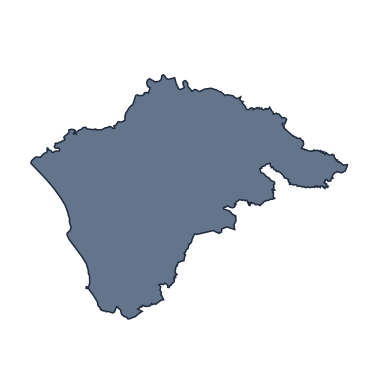 outline of Actopan, Veracruz, Mexico, rotated 174°
{"feature_id": "50627088B39480353913545", "entity_name": "Actopan", "entity_type": "district", "adm_level": 2, "iso_a3": "MEX", "parent_name": "Mexico", "parent_adm1": "Veracruz", "projection": "albers", "projection_center": [-96.592, 19.561], "detail": "fine", "context": "isolated", "style": "filled", "palette": "slate", "viewbox_px": 384, "rotation_deg": 174, "n_neighbors": 0, "source": "geoboundaries", "source_scale": "gbopen_adm2", "svg_char_len": 5996}
<svg xmlns="http://www.w3.org/2000/svg" viewBox="0 0 384 384"><g transform="rotate(174 192 192)"><path d="M297.1,88.2L295.6,86.9L295.3,84.9L294.7,84.9L294.6,84.0L292.6,83.0L291.4,83.2L290.3,82.0L287.3,81.8L283.6,80.0L281.7,80.8L279.0,85.8L277.9,85.5L277.7,84.3L275.4,82.2L275.0,78.3L274.4,77.3L272.6,75.3L270.1,74.4L269.1,72.5L267.7,72.4L261.1,74.1L258.5,76.2L254.0,78.5L258.1,81.1L255.9,82.4L255.4,83.3L254.3,82.9L253.5,83.3L253.3,84.5L250.1,83.0L246.5,83.0L245.5,83.2L243.9,85.3L243.4,84.1L241.5,84.8L239.8,84.1L234.1,87.6L231.5,87.8L233.0,92.3L233.8,93.0L232.9,95.3L234.1,97.8L233.0,101.0L234.6,103.1L233.3,103.7L230.0,102.9L228.5,104.2L226.0,102.0L226.1,99.8L224.8,99.4L223.9,101.1L222.7,101.3L222.2,102.3L219.4,104.3L218.8,105.9L219.2,107.2L218.1,107.7L218.8,109.2L218.4,109.6L217.1,109.2L217.2,110.8L215.5,111.4L217.3,113.7L216.8,114.2L217.1,116.4L216.3,117.0L215.9,119.3L214.4,120.0L214.4,121.4L213.5,121.9L213.3,123.2L212.4,123.7L211.3,123.6L209.4,124.5L207.3,124.4L206.1,128.4L205.0,130.1L205.1,130.6L206.0,130.8L206.0,132.3L204.9,132.8L203.7,135.1L201.8,136.3L201.0,139.3L200.3,139.8L200.0,140.8L198.8,140.9L197.4,143.1L196.8,145.1L193.7,150.1L191.5,149.3L175.0,151.4L171.1,148.9L170.5,149.0L169.5,148.0L167.1,149.0L166.4,150.5L166.4,152.1L161.0,153.6L153.4,150.2L153.7,155.0L151.3,158.6L151.0,163.4L151.7,163.3L151.7,164.2L154.1,165.5L155.3,167.6L156.0,167.7L156.4,169.1L162.3,171.8L162.3,173.1L161.1,173.6L160.2,173.3L158.2,174.6L155.9,172.9L153.3,172.0L151.4,172.6L150.8,173.3L150.8,174.7L150.0,174.8L150.5,175.7L149.8,175.5L150.0,176.0L149.3,177.2L145.3,179.5L143.0,178.5L141.3,178.6L140.6,177.9L138.3,178.0L136.7,172.8L135.8,172.6L136.6,175.7L135.5,175.3L135.4,173.8L134.0,175.3L133.6,174.6L133.4,175.1L131.8,174.6L130.3,172.8L127.4,172.6L125.8,171.4L120.8,175.3L120.1,175.2L119.2,175.8L116.8,175.6L115.1,176.6L112.9,176.3L110.4,177.1L111.7,178.3L111.1,182.4L111.6,182.9L111.2,183.2L111.3,184.2L112.3,185.8L111.8,186.3L110.7,185.1L109.5,185.3L110.5,186.7L110.0,188.1L110.2,190.4L110.0,191.0L109.0,191.3L108.9,192.9L109.6,193.8L112.4,195.1L112.8,196.4L114.7,198.6L116.0,199.1L119.0,203.1L121.3,203.9L122.0,207.6L122.1,208.1L121.4,208.1L121.2,208.6L120.2,208.3L119.7,209.8L116.4,210.6L115.2,212.0L113.3,211.9L111.7,212.6L111.1,211.7L111.4,209.7L110.7,208.8L109.3,208.5L109.8,208.0L109.0,208.1L108.3,206.1L105.6,204.1L105.9,203.7L105.3,203.4L104.3,203.6L101.8,201.8L99.7,199.0L98.7,196.5L95.4,195.0L94.5,193.7L95.2,193.1L94.7,191.7L93.6,190.8L94.3,190.0L94.2,189.3L92.2,189.3L89.6,188.2L88.6,188.6L87.0,187.9L86.7,186.6L85.1,186.7L81.8,185.6L81.4,185.9L78.4,184.4L78.1,184.9L76.4,185.1L76.1,184.5L74.2,184.1L70.5,184.3L70.0,183.8L69.3,184.7L69.1,184.1L67.6,184.2L68.0,185.5L66.5,183.7L65.8,184.4L65.4,183.8L64.7,184.1L64.0,183.1L63.5,184.1L62.5,184.6L61.1,183.6L61.0,183.0L59.8,182.7L60.1,182.1L59.4,181.6L58.0,183.4L56.6,182.4L56.0,183.4L57.0,183.5L57.3,186.0L58.3,186.2L59.6,187.7L58.6,188.3L58.6,189.4L57.9,189.6L57.9,190.4L56.5,190.3L55.5,188.3L52.8,188.6L52.4,190.2L50.2,191.1L51.3,192.1L49.7,194.7L48.0,196.2L46.6,196.4L45.6,197.2L41.4,195.4L37.3,197.0L34.7,202.0L34.8,203.1L38.6,202.8L40.9,205.5L42.5,206.3L42.5,206.8L43.7,206.8L43.6,207.4L44.8,208.0L44.3,208.8L45.4,209.0L46.3,210.7L47.1,212.7L46.7,213.5L48.5,214.9L49.4,214.3L52.1,214.5L54.6,217.2L55.5,215.6L56.1,217.0L57.7,216.8L58.1,217.4L57.2,218.3L58.4,218.2L58.9,219.1L59.9,218.5L60.2,219.9L61.8,219.4L62.9,220.4L65.2,220.3L66.2,221.1L67.2,220.1L68.5,220.4L69.0,220.0L71.7,220.7L74.2,222.2L75.5,222.2L75.8,223.0L78.6,223.8L75.9,227.8L76.1,231.1L77.1,231.7L78.8,234.1L82.1,234.5L82.6,235.5L84.7,236.4L85.5,237.5L85.7,237.2L86.8,238.1L93.8,246.1L93.4,246.8L94.1,247.6L93.3,248.9L94.1,248.7L95.1,249.3L95.0,250.6L92.0,250.9L90.3,254.3L90.8,255.2L92.1,256.2L94.8,256.5L97.4,260.5L99.4,260.9L100.0,261.6L102.3,260.8L103.0,261.1L103.1,263.0L103.9,263.6L106.0,268.2L107.5,266.4L108.9,267.1L109.6,266.5L110.3,267.3L112.2,266.2L113.4,266.6L113.9,268.2L115.4,267.7L116.4,269.0L117.8,268.0L118.5,269.2L122.7,267.4L122.6,268.9L123.9,269.5L125.8,268.9L126.5,268.0L129.0,268.4L129.7,269.4L129.8,271.1L132.8,275.3L131.6,276.6L134.3,277.7L134.7,279.0L133.6,281.5L136.9,280.1L139.1,281.1L141.2,283.4L146.5,285.0L149.0,284.6L152.7,288.5L153.9,288.7L157.0,290.9L162.2,293.2L169.0,293.0L173.5,291.2L174.9,291.3L176.4,292.9L178.7,293.7L181.4,292.1L185.1,297.4L185.0,300.9L186.9,303.5L188.2,303.3L189.7,301.9L189.5,299.0L188.6,297.1L189.0,296.5L192.4,295.2L193.7,295.4L194.6,296.3L196.4,301.5L197.3,307.5L203.7,306.4L205.7,307.6L207.1,310.6L208.3,311.6L209.9,310.8L210.9,307.0L213.3,305.5L217.3,305.4L222.2,309.0L223.6,308.7L225.4,306.5L225.6,304.1L224.9,301.5L222.8,300.1L224.8,295.4L225.3,294.9L226.4,295.7L228.4,295.8L229.3,295.3L229.4,294.1L231.7,293.1L235.3,293.6L236.1,294.4L237.9,293.8L241.8,285.0L243.3,284.4L245.5,282.5L249.7,277.2L250.8,274.2L251.2,270.2L255.2,268.9L258.1,269.7L260.9,266.3L262.8,265.9L262.1,263.6L263.6,263.4L266.1,265.5L267.7,265.7L267.7,265.3L272.1,264.7L275.0,263.4L281.0,263.8L281.1,264.7L284.1,264.4L290.0,265.8L290.9,267.5L292.7,267.6L294.0,267.2L295.1,266.1L298.1,265.2L301.5,262.9L301.3,262.0L302.0,262.6L303.0,261.9L303.8,262.5L301.5,265.2L303.0,266.4L305.6,267.0L307.5,266.7L308.1,266.5L308.0,264.9L309.1,263.2L313.2,260.6L313.8,259.4L313.0,258.1L313.1,257.0L315.1,256.6L317.4,255.3L318.4,255.5L320.9,254.2L322.1,255.0L323.1,254.3L322.9,252.9L324.1,252.1L324.1,251.0L322.9,249.7L319.6,249.5L319.2,248.0L319.8,246.9L324.3,246.8L326.2,245.7L327.1,246.2L327.9,248.0L329.7,248.4L330.8,250.7L331.5,250.8L331.8,247.8L332.5,246.5L335.2,245.8L339.2,242.3L342.6,243.1L344.3,242.9L348.2,239.9L349.3,237.5L335.7,219.9L328.8,209.8L323.0,199.5L319.5,192.0L317.2,182.8L317.5,182.4L316.6,178.8L317.0,174.6L315.9,169.4L317.4,166.5L320.4,164.2L320.8,162.5L319.2,157.8L308.5,139.7L304.6,131.7L303.3,124.9L303.6,122.0L302.7,119.3L303.2,112.7L304.5,108.9L305.1,108.4L307.0,108.9L307.5,107.5L306.6,106.9L305.2,107.0L300.6,99.0L297.4,92.1L297.6,90.4L297.1,88.2Z" fill="#64748b" stroke="#1e293b" stroke-width="1.5"/></g></svg>